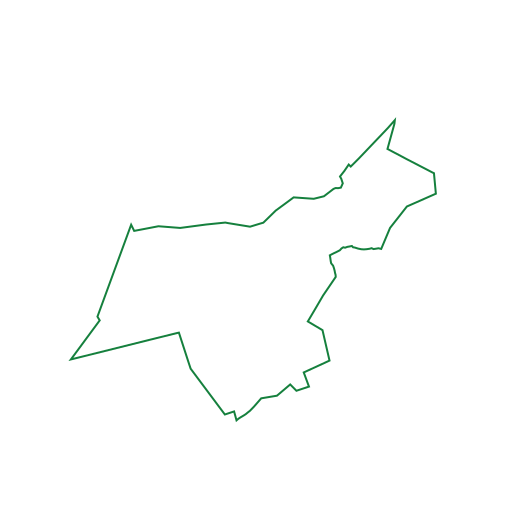 Simplício Mendes, Piauí, Brazil, rotated 305°
{"feature_id": "56859067B86128304510320", "entity_name": "Simplício Mendes", "entity_type": "district", "adm_level": 2, "iso_a3": "BRA", "parent_name": "Brazil", "parent_adm1": "Piauí", "projection": "mercator", "projection_center": [-41.953, -7.778], "detail": "fine", "context": "isolated", "style": "outline", "palette": "green", "viewbox_px": 512, "rotation_deg": 305, "n_neighbors": 0, "source": "geoboundaries", "source_scale": "gbopen_adm2", "svg_char_len": 1496}
<svg xmlns="http://www.w3.org/2000/svg" viewBox="0 0 512 512"><g transform="rotate(305 256 256)"><path d="M410.2,367.6L423.4,356.4L425.9,354.3L425.6,352.5L424.6,344.9L424.2,341.9L421.8,324.0L419.1,302.3L441.9,294.2L443.8,293.5L446.9,291.8L436.4,290.6L394.9,284.3L383.6,282.3L384.1,279.5L376.3,279.6L369.3,279.2L368.2,281.5L365.3,285.4L360.7,286.3L358.7,284.4L357.3,282.2L355.4,281.0L343.9,277.4L336.0,270.5L334.6,268.2L325.6,253.2L315.1,249.7L304.5,246.1L287.5,242.9L284.9,240.8L276.6,234.3L266.9,214.2L265.8,211.7L253.2,197.1L235.5,177.8L224.4,159.0L214.5,149.4L206.7,141.8L210.0,135.8L115.4,160.9L113.6,164.9L65.1,163.7L74.4,171.8L127.2,217.7L129.0,219.3L131.9,221.8L147.6,235.5L149.0,236.8L130.9,260.8L126.2,267.1L108.3,321.4L116.1,327.2L110.2,334.3L112.5,334.9L114.8,335.8L117.2,336.9L119.0,337.7L120.8,338.4L123.4,339.1L125.6,339.8L131.2,340.7L134.8,341.1L142.4,341.9L153.6,353.3L170.4,357.7L168.8,366.4L179.4,374.3L188.0,361.9L212.5,376.2L233.4,353.0L232.1,336.0L247.6,334.8L262.2,333.6L284.6,333.3L286.2,332.0L287.6,330.3L289.0,328.9L290.7,326.9L292.3,324.7L293.1,321.8L294.4,320.4L295.9,319.0L297.2,317.8L298.9,316.1L300.9,317.1L303.3,318.4L304.8,319.3L306.5,320.2L308.8,321.4L311.2,321.7L313.2,322.5L313.9,324.2L315.9,325.6L317.7,327.4L319.2,328.8L318.8,330.5L319.6,332.1L320.6,335.3L321.9,338.3L323.3,340.6L325.1,342.8L327.2,345.0L328.7,346.2L329.1,348.3L330.8,350.1L332.6,351.9L333.6,354.5L355.9,349.7L383.1,351.2L410.2,367.6Z" fill="none" stroke="#15803d" stroke-width="2"/></g></svg>